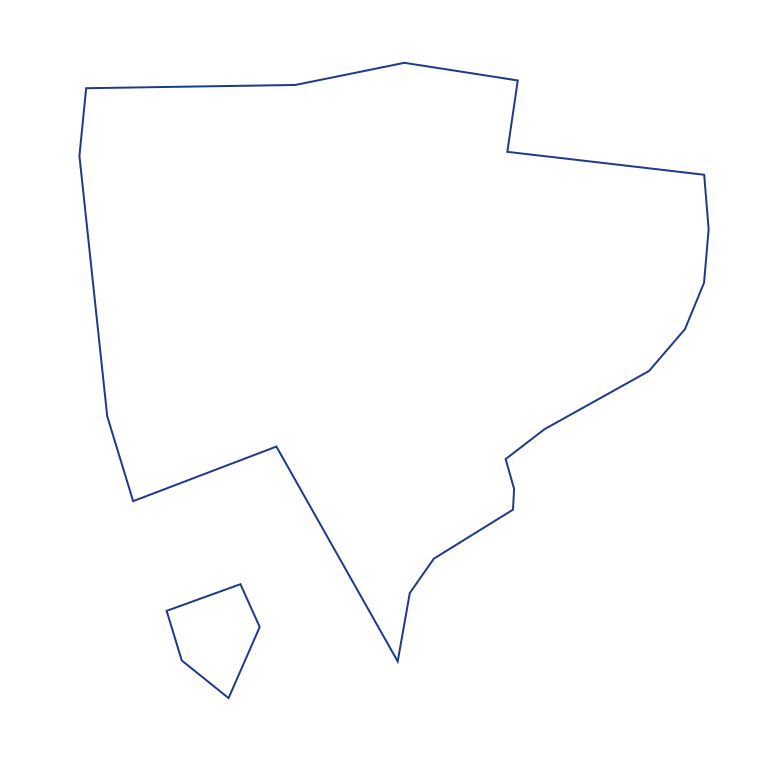 the state/province of A'ana, rotated 273°
{"feature_id": "WSM-4985", "entity_name": "A'ana", "entity_type": "state/province", "adm_level": 1, "iso_a3": "WSM", "parent_name": "Samoa", "parent_adm1": "", "projection": "mercator", "projection_center": [-171.958, -13.906], "detail": "fine", "context": "isolated", "style": "outline", "palette": "blue", "viewbox_px": 768, "rotation_deg": 273, "n_neighbors": 0, "source": "natural_earth", "source_scale": "10m", "svg_char_len": 498}
<svg xmlns="http://www.w3.org/2000/svg" viewBox="0 0 768 768"><g transform="rotate(273 384 384)"><path d="M253.9,139.6L337.3,109.3L595.9,67.9L663.8,71.1L678.0,279.8L705.8,387.4L694.1,501.7L622.3,495.0L609.7,692.8L555.4,700.1L501.8,698.3L454.6,681.7L410.9,648.0L347.3,546.7L315.4,509.4L286.1,519.4L265.3,519.4L212.2,442.9L176.6,420.7L107.7,412.2L315.9,279.8L253.9,139.6ZM62.2,245.2L97.3,196.5L146.1,178.8L176.6,251.1L134.8,272.6L62.2,245.2Z" fill="none" stroke="#1e3a8a" stroke-width="2"/></g></svg>